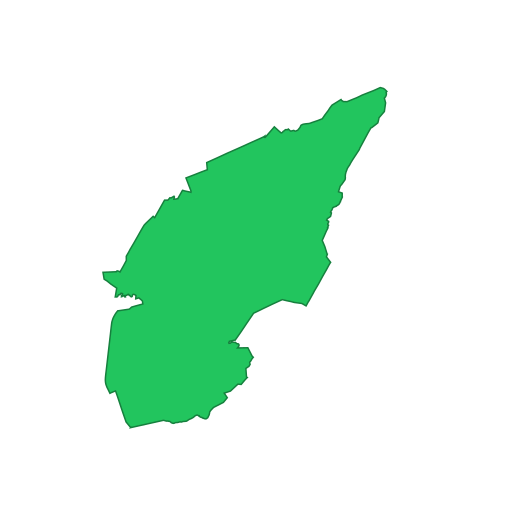 outline of Zeltiņu pag., Aluksne, Latvia, rotated 325°
{"feature_id": "27541924B11156685334807", "entity_name": "Zeltiņu pag.", "entity_type": "district", "adm_level": 2, "iso_a3": "LVA", "parent_name": "Latvia", "parent_adm1": "Aluksne", "projection": "robinson", "projection_center": [26.759, 57.345], "detail": "fine", "context": "isolated", "style": "filled", "palette": "green", "viewbox_px": 512, "rotation_deg": 325, "n_neighbors": 0, "source": "geoboundaries", "source_scale": "gbopen_adm2", "svg_char_len": 5951}
<svg xmlns="http://www.w3.org/2000/svg" viewBox="0 0 512 512"><g transform="rotate(325 256 256)"><path d="M268.4,325.6L272.6,323.5L273.3,323.3L281.7,319.2L283.6,318.2L291.1,314.8L291.9,314.4L298.5,311.1L302.3,309.3L305.7,307.7L310.3,305.4L312.9,304.2L313.5,304.0L313.2,297.1L315.4,295.5L315.3,295.4L317.8,287.7L318.4,284.9L319.2,281.2L322.9,279.0L327.8,276.0L330.9,274.3L331.0,274.3L331.2,274.1L331.0,273.6L333.1,272.4L332.8,271.4L333.3,270.7L334.6,270.2L335.4,269.3L334.4,267.1L334.6,267.0L336.1,266.3L339.0,266.4L339.4,266.3L339.8,266.3L340.3,265.9L342.5,264.0L342.5,263.9L342.4,263.4L342.2,262.8L342.6,262.7L342.8,262.5L343.3,262.3L344.0,262.0L344.6,261.8L344.8,261.6L345.4,261.3L345.8,261.1L346.2,260.6L346.8,260.5L347.2,260.5L347.4,260.6L347.9,260.6L348.2,260.7L348.6,260.8L348.8,260.9L349.7,261.1L350.1,261.1L350.3,261.3L350.8,261.1L351.0,261.2L351.6,261.2L351.8,261.2L352.1,261.2L352.8,261.3L353.4,261.2L353.9,261.1L354.2,261.0L354.6,260.8L355.2,260.4L355.9,260.0L356.2,260.0L356.2,259.8L360.6,257.2L360.6,256.9L362.1,254.8L362.7,253.9L360.4,250.7L364.9,247.2L365.9,246.8L367.1,246.6L372.7,244.6L374.0,243.3L374.7,242.1L376.0,240.5L377.8,238.9L379.6,237.7L380.4,237.1L381.8,236.3L385.0,235.1L387.1,234.0L388.7,233.3L390.3,232.6L401.6,228.1L402.9,227.2L407.9,224.7L418.6,219.3L423.5,217.0L424.6,217.2L429.4,217.0L432.2,216.8L434.5,214.8L436.1,213.3L444.0,211.3L450.0,204.9L451.7,200.3L453.4,199.9L454.6,199.2L455.8,198.1L456.4,196.6L457.6,196.3L457.1,193.6L457.0,193.1L456.4,191.7L454.4,189.3L449.5,188.4L447.0,187.9L438.3,185.8L434.9,185.0L433.3,184.8L429.2,184.1L424.9,183.1L419.1,181.8L416.0,179.5L416.0,179.4L415.9,179.0L415.8,178.6L415.3,177.8L415.4,176.6L404.8,176.0L401.4,177.1L398.8,178.2L393.5,179.9L389.0,181.6L384.4,180.5L377.9,178.6L376.6,178.3L375.3,177.8L374.1,177.1L372.1,176.0L370.2,175.1L369.3,174.9L368.0,174.7L366.9,175.2L365.9,175.9L364.8,176.2L362.2,176.9L361.9,176.8L360.6,176.5L360.0,176.4L359.7,176.2L359.3,175.6L359.1,175.0L359.0,174.8L358.8,174.7L356.2,173.7L355.9,173.3L355.8,173.0L355.7,172.5L355.3,170.5L354.9,170.5L354.4,170.7L352.8,169.5L352.3,169.4L351.1,169.6L349.7,169.5L348.6,169.9L348.0,169.9L347.2,169.6L346.2,165.7L345.1,160.7L343.6,161.1L336.0,163.0L333.3,163.7L331.4,164.1L330.9,163.5L331.8,162.8L330.7,162.8L326.3,162.0L317.5,160.3L302.1,157.4L291.5,155.3L281.4,153.5L269.2,151.2L265.6,157.4L259.0,155.7L253.1,154.3L243.4,151.9L242.6,155.2L240.0,165.6L239.2,166.5L238.2,165.3L236.4,163.4L235.3,162.2L235.2,162.2L233.6,160.1L233.1,160.2L231.4,161.0L225.3,163.9L225.0,164.0L224.9,164.2L223.1,163.4L221.3,162.4L221.8,162.0L222.6,161.2L223.1,160.7L223.1,160.0L219.7,159.7L218.9,158.9L216.4,159.6L215.4,159.5L214.5,158.7L213.4,158.0L213.1,157.8L205.6,161.4L195.0,166.5L194.5,164.5L184.8,166.0L182.3,166.5L179.7,167.6L175.4,169.6L170.0,172.2L162.8,175.6L159.9,176.9L157.3,178.1L157.2,178.1L154.1,179.7L149.6,181.8L147.2,185.3L141.7,188.1L135.4,191.1L135.2,190.6L135.0,190.0L134.1,188.9L133.7,188.5L132.9,188.6L132.6,188.8L121.3,181.6L118.3,187.9L119.6,190.9L120.3,193.3L121.1,196.1L123.5,202.4L117.2,208.8L117.5,209.0L118.1,209.4L118.4,209.7L118.6,209.7L118.8,209.8L119.1,209.8L119.5,209.8L120.5,209.2L121.0,209.0L121.2,208.9L121.5,209.1L121.9,209.4L122.1,209.6L122.3,209.6L122.7,209.5L123.3,209.1L123.7,209.0L124.2,209.2L124.9,209.9L125.1,210.4L124.5,210.8L124.3,211.2L123.9,211.0L123.3,211.0L123.2,211.4L123.4,211.8L123.1,212.0L122.6,212.0L122.4,212.2L122.8,212.4L123.2,212.4L123.5,212.3L123.8,212.2L124.2,212.4L125.2,212.6L125.3,212.7L124.9,213.3L124.9,213.5L125.3,213.9L125.3,214.0L125.4,214.3L125.3,214.5L125.7,214.6L125.8,214.0L125.6,213.8L125.9,213.3L126.7,213.6L127.7,214.0L128.3,214.0L128.5,214.1L129.1,214.0L129.3,214.0L129.6,214.5L129.7,214.9L129.6,215.2L129.5,215.4L129.5,215.6L129.7,215.8L130.0,216.1L130.1,216.9L130.1,217.3L130.3,217.7L130.4,217.9L130.6,218.0L130.8,218.1L131.0,218.1L131.3,218.0L131.5,218.0L131.8,217.8L132.2,217.4L132.5,217.1L132.8,217.0L133.1,216.9L133.4,217.0L133.7,217.2L134.0,217.4L134.2,217.7L134.5,218.2L134.7,218.8L134.9,219.0L135.0,219.6L134.8,219.8L132.9,222.1L136.0,223.1L137.2,227.5L135.8,230.4L128.6,227.8L128.3,227.7L124.8,226.5L121.8,226.9L112.0,222.0L111.4,221.6L110.2,221.9L108.3,222.5L106.7,223.2L105.0,224.0L103.2,225.0L101.7,226.1L101.2,226.5L100.3,227.2L99.2,228.3L95.8,232.1L91.5,237.0L78.0,252.2L67.9,263.6L64.5,267.4L62.8,269.4L61.5,271.1L60.4,272.9L59.6,274.6L59.1,276.2L58.6,278.2L58.3,280.4L57.6,284.7L58.5,284.8L63.5,285.9L63.5,286.2L62.0,291.5L61.0,294.9L58.7,302.5L56.9,308.6L54.4,317.4L54.4,317.7L54.9,324.1L55.4,324.5L54.9,324.7L85.2,337.2L85.6,337.3L85.9,337.5L86.5,338.1L87.3,339.1L87.6,339.5L87.8,339.7L88.5,340.3L89.1,340.6L89.4,340.9L89.6,341.3L90.0,341.6L90.5,342.1L90.8,342.8L91.0,344.0L91.5,344.7L92.2,345.6L92.9,346.0L94.0,346.2L94.4,346.3L95.0,346.6L96.2,347.4L97.5,347.9L98.8,348.2L99.0,348.7L99.5,349.1L100.1,349.4L101.1,349.6L104.0,351.3L105.0,351.5L107.0,351.5L108.0,351.6L109.0,351.9L109.7,352.0L110.6,352.1L111.3,352.2L112.0,352.2L112.7,352.2L113.6,352.1L114.4,352.0L115.7,352.2L116.5,352.5L116.9,352.9L117.3,353.9L117.8,354.2L117.6,354.4L117.5,354.8L117.8,355.4L118.3,356.4L118.9,357.0L119.6,358.1L119.4,358.2L120.9,360.2L121.9,360.8L123.7,360.8L126.4,359.3L127.8,358.1L128.7,357.1L130.9,356.4L134.4,355.7L145.4,357.2L151.2,355.6L151.3,350.1L157.6,352.0L164.7,351.0L167.7,350.6L170.2,352.7L176.2,351.1L179.2,350.5L178.8,349.7L183.2,342.3L185.5,342.3L186.8,342.4L189.0,341.4L189.7,339.6L190.1,339.3L191.5,339.0L193.8,337.9L195.7,337.4L195.4,335.8L196.7,326.5L188.1,320.7L190.6,319.8L191.3,318.6L191.0,317.6L190.1,317.0L189.5,314.8L188.4,314.2L187.7,313.3L186.2,312.5L185.0,312.7L183.8,312.1L183.8,311.5L185.2,310.7L185.3,310.6L189.7,312.4L190.0,312.5L190.6,313.0L199.2,309.9L206.5,307.1L209.3,306.0L221.2,301.5L229.3,302.8L231.4,303.1L237.3,304.1L241.6,304.8L252.5,306.8L254.6,309.2L255.4,310.1L258.6,313.5L260.6,315.9L265.4,320.3L265.5,320.4L266.4,321.3L268.4,325.6Z" fill="#22c55e" stroke="#15803d" stroke-width="1.5"/></g></svg>